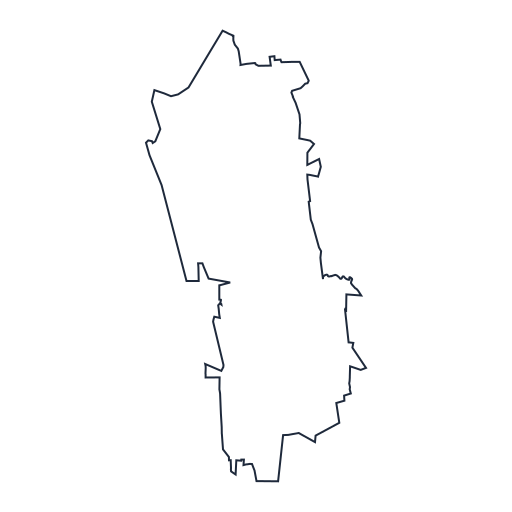 Jaumave, Tamaulipas, Mexico (Equal Earth projection)
{"feature_id": "50627088B13423922112488", "entity_name": "Jaumave", "entity_type": "district", "adm_level": 2, "iso_a3": "MEX", "parent_name": "Mexico", "parent_adm1": "Tamaulipas", "projection": "equal_earth", "projection_center": [-99.351, 23.47], "detail": "fine", "context": "isolated", "style": "outline", "palette": "slate", "viewbox_px": 512, "rotation_deg": 0, "n_neighbors": 0, "source": "geoboundaries", "source_scale": "gbopen_adm2", "svg_char_len": 3152}
<svg xmlns="http://www.w3.org/2000/svg" viewBox="0 0 512 512"><path d="M154.4,90.1L151.8,101.7L160.3,129.1L155.3,141.3L152.7,143.0L152.0,141.2L148.3,140.4L146.0,142.7L149.5,155.2L161.6,185.1L186.5,281.0L198.7,281.0L198.4,267.1L198.1,263.3L202.4,263.3L203.8,267.1L208.6,278.6L218.0,280.3L230.2,282.5L220.4,285.1L219.3,285.3L219.3,299.6L220.4,299.7L220.9,299.8L220.9,300.7L220.4,302.3L220.7,303.4L221.0,303.7L221.3,304.0L221.4,304.6L220.1,303.6L219.8,303.5L218.2,305.3L218.7,308.8L219.2,314.2L219.8,317.9L214.3,316.7L213.5,319.5L213.1,321.7L223.5,365.0L223.3,367.1L221.3,370.9L205.2,364.0L205.6,365.9L205.7,368.1L205.6,370.6L205.5,372.8L205.5,373.9L205.6,374.3L205.6,374.5L205.6,375.2L205.6,376.5L205.6,377.5L219.6,377.4L219.4,389.4L219.9,392.2L220.1,393.7L220.7,408.9L220.9,413.6L221.7,427.1L221.8,433.6L221.9,434.3L223.0,449.4L228.9,457.0L229.0,460.3L230.7,460.2L231.0,468.1L230.9,469.4L231.1,471.4L235.6,474.5L236.3,460.3L241.2,460.7L241.3,459.6L243.9,459.6L243.5,465.1L246.1,464.4L247.3,464.3L249.8,463.9L252.0,464.0L254.2,469.7L254.5,470.4L256.5,481.1L278.1,481.3L283.1,435.1L288.3,434.9L292.6,434.1L298.7,433.0L315.0,442.1L315.6,435.6L339.3,422.8L338.4,416.9L336.3,403.0L344.4,400.7L344.1,395.6L350.8,393.5L349.7,389.3L350.0,387.1L349.2,383.4L349.6,381.1L349.8,377.5L349.8,376.5L350.1,366.3L353.7,367.5L360.7,369.9L366.0,367.9L352.4,347.7L353.3,342.9L350.1,342.5L348.6,342.4L346.2,320.3L345.0,309.3L345.8,307.9L345.7,310.7L346.1,310.8L346.4,294.4L361.2,295.5L358.1,290.7L356.5,288.9L355.3,288.3L351.8,284.4L351.7,284.1L351.3,283.6L351.0,283.1L351.0,282.7L351.2,281.6L351.3,281.2L351.6,280.8L351.8,280.1L352.1,279.6L352.0,278.8L351.2,278.0L350.6,277.6L350.2,277.3L349.9,277.2L349.5,277.3L349.4,277.4L349.3,277.8L349.4,278.9L349.5,279.2L349.4,279.6L349.1,279.8L348.7,279.8L347.3,279.4L346.8,279.1L346.4,279.0L345.2,278.1L343.8,276.5L343.3,276.4L342.9,276.4L342.6,276.6L342.3,277.1L342.2,277.3L341.7,278.3L341.4,278.6L341.0,278.8L340.7,278.8L340.3,278.7L339.8,278.3L339.5,277.7L338.6,276.9L337.3,275.7L336.5,275.3L336.1,275.1L335.2,274.9L332.9,275.6L331.5,276.2L331.1,276.0L329.9,276.4L329.0,276.5L328.5,276.4L328.1,276.2L327.9,275.9L327.6,275.1L327.3,274.9L327.0,274.7L326.5,274.7L325.2,275.0L324.9,275.3L323.8,276.0L323.4,276.6L323.0,276.9L323.0,279.1L320.9,263.0L320.4,257.7L321.1,251.2L319.0,247.5L312.5,224.1L310.8,219.7L308.7,201.7L310.1,201.1L307.5,179.5L307.3,174.6L309.8,174.9L314.2,175.8L317.8,176.5L318.0,176.6L318.9,173.7L320.8,166.8L319.1,159.0L307.3,164.9L307.4,152.7L314.0,144.0L310.2,140.7L307.6,140.1L299.3,138.4L300.0,124.3L300.2,123.4L300.2,122.8L299.5,114.4L295.6,102.8L292.8,96.9L293.0,96.6L291.4,92.6L292.1,90.8L300.6,88.2L302.7,86.3L305.2,83.7L307.5,83.2L308.7,80.8L308.7,80.6L299.7,61.9L291.0,61.9L288.3,62.0L281.5,62.2L280.8,60.6L280.5,59.6L274.7,60.1L274.4,56.2L269.6,56.8L270.8,65.6L258.4,65.8L255.6,64.3L255.3,63.2L255.0,63.0L246.4,63.9L240.5,65.0L240.6,63.9L238.7,51.3L237.9,48.6L234.8,44.7L233.4,40.7L233.3,38.7L233.4,36.7L233.0,36.4L233.4,35.8L233.4,35.7L228.9,33.8L226.1,32.3L222.6,30.7L210.2,51.3L197.5,72.5L188.5,87.5L178.1,94.4L171.0,96.2L164.2,93.4L154.4,90.1Z" fill="none" stroke="#1e293b" stroke-width="2"/></svg>